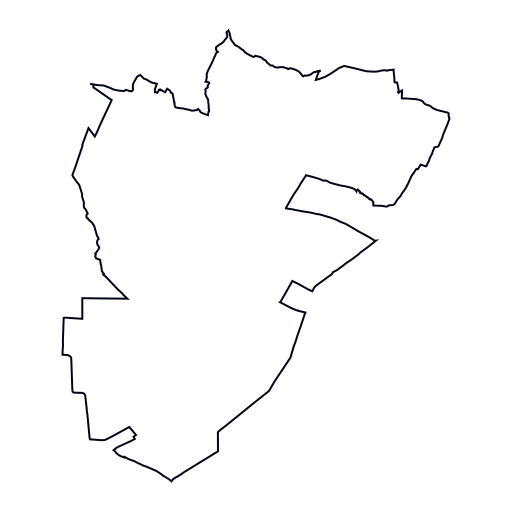 outline of Vanju Mare, Mehedinti, Romania
{"feature_id": "2599482B43944319734249", "entity_name": "Vanju Mare", "entity_type": "district", "adm_level": 2, "iso_a3": "ROU", "parent_name": "Romania", "parent_adm1": "Mehedinti", "projection": "albers", "projection_center": [22.89, 44.417], "detail": "fine", "context": "isolated", "style": "outline", "palette": "ink", "viewbox_px": 512, "rotation_deg": 0, "n_neighbors": 0, "source": "geoboundaries", "source_scale": "gbopen_adm2", "svg_char_len": 5870}
<svg xmlns="http://www.w3.org/2000/svg" viewBox="0 0 512 512"><path d="M184.3,472.0L218.0,451.3L217.9,432.1L221.6,428.9L225.0,426.4L254.2,402.7L268.5,391.4L269.6,389.9L274.7,381.2L290.4,357.7L293.7,346.5L295.5,341.8L297.6,335.1L301.1,325.1L301.9,322.4L302.5,321.0L304.9,313.5L305.4,312.5L299.4,311.1L295.0,309.7L290.3,307.6L280.0,302.2L280.5,301.8L283.2,297.1L288.6,287.7L289.2,286.4L290.4,284.7L290.6,284.1L292.3,281.0L298.2,283.8L307.8,289.2L312.3,291.3L314.1,287.8L315.6,286.0L326.9,277.7L331.3,274.6L332.6,273.0L332.9,272.2L336.8,270.2L343.8,265.1L345.5,263.6L352.2,259.1L359.2,253.8L359.9,252.9L368.2,246.8L375.8,240.7L375.1,240.8L374.7,240.6L369.0,237.1L358.9,231.6L345.8,223.9L340.4,221.8L336.5,219.8L330.6,217.6L319.6,214.4L317.1,214.1L310.7,212.6L300.9,211.1L298.9,210.6L295.0,210.0L293.5,209.5L285.9,208.4L285.9,208.1L287.4,205.4L293.4,194.9L298.1,188.1L301.2,182.7L305.5,176.2L305.9,175.3L312.2,176.8L319.2,178.9L321.9,180.0L323.0,180.6L326.4,180.6L329.6,182.5L333.5,183.7L340.5,185.5L346.3,186.5L351.6,187.9L354.4,189.0L355.7,190.2L356.5,191.4L356.7,190.7L357.7,189.5L360.2,191.9L360.3,192.3L360.0,192.8L361.6,193.3L361.7,193.7L362.8,193.7L363.5,194.5L363.9,195.2L364.4,195.1L365.3,195.7L366.6,196.7L366.6,197.0L366.8,197.1L367.6,197.1L368.5,198.3L369.3,198.7L369.3,199.0L369.6,199.3L370.3,199.0L370.6,199.2L370.7,199.6L371.3,199.7L371.9,200.2L372.8,201.5L373.5,202.3L373.2,203.7L373.2,205.2L373.3,205.5L373.7,205.7L374.6,205.5L378.5,205.8L380.9,205.7L386.3,206.6L387.5,206.4L388.8,205.3L392.6,205.1L393.4,204.9L394.7,203.9L397.3,199.6L400.3,196.3L402.3,192.9L403.6,191.3L406.3,187.2L406.7,186.5L406.7,185.9L408.1,183.7L409.7,179.9L411.7,175.7L413.4,173.4L416.2,169.1L416.5,168.9L417.2,169.2L418.0,169.1L420.7,164.6L425.7,166.3L426.4,166.2L427.6,163.3L429.0,160.8L429.6,158.5L431.6,154.6L434.4,147.4L438.3,146.5L442.3,137.7L443.0,135.0L447.7,123.6L449.5,118.7L449.3,118.1L449.1,117.9L448.6,115.6L448.7,113.7L448.5,113.2L447.6,112.6L437.4,110.1L434.2,108.8L432.5,107.9L430.9,106.5L428.8,105.3L427.9,105.2L425.6,104.4L424.2,103.3L422.4,101.1L421.0,100.4L416.4,99.2L406.6,98.5L401.9,98.4L401.8,97.2L402.1,90.5L399.8,91.8L398.5,92.8L398.0,92.0L398.8,91.0L397.5,84.2L397.1,82.5L394.8,82.4L394.5,82.2L394.3,77.3L393.5,70.1L393.6,69.7L388.3,70.2L387.9,70.6L385.7,70.5L385.1,70.2L381.8,70.5L377.4,71.5L373.5,71.7L366.0,71.2L355.4,68.5L344.5,66.0L343.7,66.1L339.2,68.0L330.0,74.1L325.0,76.9L318.9,79.1L315.8,79.9L317.6,74.7L318.9,71.7L319.2,71.4L320.7,70.7L318.1,71.0L317.6,71.4L316.8,71.4L315.6,72.0L313.9,72.1L310.7,74.5L310.0,74.5L309.0,75.3L307.8,75.3L306.7,75.7L304.5,75.5L303.5,76.3L303.2,76.3L302.7,76.1L300.2,72.9L298.4,71.2L295.1,69.6L291.7,68.5L289.7,68.3L289.3,68.4L288.9,68.9L288.2,69.1L286.9,68.3L285.8,67.9L285.0,67.8L283.4,67.1L280.1,67.1L277.7,67.6L275.3,67.2L273.3,66.2L272.2,65.4L270.8,65.6L267.2,62.7L265.4,60.2L263.4,59.4L262.8,59.0L262.5,58.2L260.2,57.0L255.3,55.8L254.1,56.9L252.6,56.7L246.7,53.5L245.0,52.3L243.3,50.2L242.2,49.7L238.7,46.9L235.0,45.0L230.9,39.4L229.4,32.5L228.8,31.4L228.3,31.0L228.3,30.7L227.7,31.3L226.8,31.7L226.5,32.2L226.7,33.3L227.3,35.1L227.3,35.8L227.2,36.6L226.5,38.2L225.0,39.6L223.8,41.5L221.1,43.8L219.4,44.6L216.3,47.0L216.1,47.3L216.0,48.7L216.3,50.2L216.5,50.6L217.9,51.9L216.7,52.7L215.8,53.6L215.2,55.7L214.6,56.7L212.0,62.6L207.8,71.0L206.7,74.1L206.8,77.2L206.0,81.1L205.6,81.7L208.0,82.0L208.7,82.3L209.2,82.9L208.9,83.7L207.6,85.6L207.8,87.3L207.6,87.6L205.8,88.8L205.4,89.4L205.6,90.9L205.3,93.6L206.4,96.7L206.9,97.7L207.6,98.6L208.2,100.0L208.2,102.3L208.6,104.6L208.7,108.5L209.1,109.8L209.1,111.3L208.5,111.7L208.0,115.2L202.4,113.2L200.7,112.2L200.3,111.8L199.9,110.9L198.1,108.9L197.7,109.1L197.6,109.6L197.2,109.9L193.6,110.6L192.0,110.7L188.7,109.7L185.3,109.1L183.6,108.5L179.9,108.2L176.0,107.5L174.9,106.5L174.6,104.7L174.5,102.4L174.3,102.2L174.2,102.4L172.7,94.0L172.1,93.3L171.4,93.1L170.8,92.5L170.3,91.1L169.9,90.6L167.2,88.7L165.1,92.2L163.5,91.4L160.3,89.5L160.0,90.2L159.0,89.8L157.4,92.8L155.3,92.0L154.9,92.1L154.9,89.3L156.9,83.8L152.0,82.6L149.5,81.4L146.9,79.7L143.7,78.5L141.3,75.9L140.2,75.0L138.3,75.9L136.9,77.0L133.7,82.6L133.3,83.6L133.0,84.7L132.8,86.7L133.1,89.8L131.7,91.3L129.5,91.0L125.9,89.8L124.5,90.8L123.4,91.1L117.5,90.4L113.5,89.5L110.9,88.2L103.7,85.5L97.4,85.1L90.2,83.8L93.7,84.9L93.3,86.9L93.4,87.4L111.7,100.1L100.7,123.5L97.1,131.9L94.8,136.5L88.5,128.1L82.3,144.8L82.6,145.5L75.1,167.7L72.4,175.0L72.9,176.4L77.2,182.5L79.1,184.7L79.6,186.1L82.0,193.7L82.1,194.6L82.1,196.7L83.6,201.3L83.9,202.9L83.8,205.4L84.0,207.5L84.3,208.1L85.2,208.7L87.7,213.4L87.6,213.7L87.1,214.0L86.7,214.7L86.4,215.6L86.4,217.0L86.7,217.6L87.4,217.9L87.6,218.5L88.2,218.8L88.3,219.2L89.0,220.0L92.1,222.7L93.3,224.7L94.2,225.9L97.0,235.8L98.0,237.3L98.6,238.7L98.6,239.0L98.1,239.2L97.1,241.3L97.1,243.5L97.4,244.5L98.6,246.3L99.2,247.8L98.1,249.9L95.9,253.0L95.2,253.6L95.6,254.2L95.8,254.7L95.5,255.1L95.2,256.8L95.5,257.0L96.1,258.3L100.1,259.8L100.8,264.5L101.4,266.7L101.8,270.8L102.5,272.0L103.9,273.8L103.1,274.4L103.8,275.2L105.3,276.2L118.1,289.7L120.0,291.3L121.1,292.5L121.6,292.8L123.2,294.7L127.4,298.7L82.3,298.2L82.3,318.8L65.8,317.7L64.7,317.7L63.7,317.9L62.9,340.6L63.0,345.4L62.6,351.2L62.5,354.7L67.9,355.1L70.0,356.2L71.1,357.4L71.3,359.6L72.3,389.3L72.6,391.6L73.5,392.6L82.6,392.9L84.1,393.7L85.2,395.4L86.7,408.6L86.8,411.0L87.4,414.4L89.5,437.1L89.9,439.3L101.7,440.2L104.9,440.0L109.3,437.9L129.3,427.0L136.0,435.0L133.5,436.8L134.8,438.9L131.0,441.0L118.9,446.5L116.4,447.8L113.6,450.2L115.3,451.6L115.8,452.6L118.9,455.2L121.7,456.6L123.1,457.0L124.1,457.5L124.4,456.8L126.1,457.8L129.1,459.3L134.4,461.2L137.8,463.0L142.3,465.0L142.9,465.6L143.7,465.7L147.1,466.9L156.7,471.1L161.6,474.4L162.5,475.3L168.8,479.1L171.5,481.3L172.8,479.4L175.8,477.3L177.1,476.8L179.3,475.3L180.9,474.5L184.3,472.0Z" fill="none" stroke="#020617" stroke-width="2"/></svg>